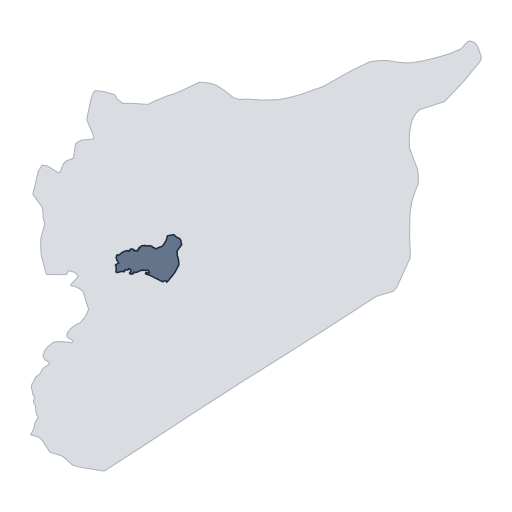 Al Makhrim, Homs (Hims), Syria (highlighted)
{"feature_id": "27442178B17685723948764", "entity_name": "Al Makhrim", "entity_type": "district", "adm_level": 2, "iso_a3": "SYR", "parent_name": "Syria", "parent_adm1": "Homs (Hims)", "projection": "albers", "projection_center": [37.338, 34.825], "detail": "fine", "context": "in_parent", "style": "filled", "palette": "slate", "viewbox_px": 512, "rotation_deg": 0, "n_neighbors": 0, "source": "geoboundaries", "source_scale": "gbopen_adm2", "svg_char_len": 6253}
<svg xmlns="http://www.w3.org/2000/svg" viewBox="0 0 512 512"><path d="M42.1,165.2L47.3,165.9L58.2,172.7L60.0,172.5L63.4,163.7L66.6,160.8L73.5,158.2L75.5,144.0L78.7,141.3L82.5,139.9L88.3,139.7L93.4,138.9L93.8,136.4L86.8,119.9L87.5,115.7L91.0,99.2L93.2,92.8L95.3,90.7L103.3,91.5L114.5,94.5L117.4,99.3L122.9,103.5L131.2,103.2L140.7,104.0L148.1,104.3L154.1,101.3L167.4,95.8L174.1,93.9L180.1,91.4L199.4,82.2L207.1,82.8L212.4,83.9L216.5,85.3L225.7,91.4L233.3,97.6L238.6,99.4L248.2,99.1L261.9,100.1L278.8,99.7L288.6,97.7L301.1,94.4L323.4,86.4L352.4,70.1L369.4,62.0L376.8,60.8L386.5,60.4L396.3,62.0L407.3,63.0L412.4,62.7L424.2,60.6L439.5,56.8L449.1,53.8L460.6,49.1L467.6,41.8L469.9,40.9L473.0,42.0L474.4,42.5L477.6,46.3L481.2,56.4L481.3,57.5L480.8,60.5L473.6,69.3L463.8,81.2L456.6,88.8L444.6,101.5L435.3,104.5L419.5,109.6L415.4,114.0L411.7,121.0L409.8,130.5L409.3,136.4L409.3,147.4L413.5,158.7L417.6,169.5L418.3,176.7L418.2,183.8L415.0,191.6L411.7,202.2L409.9,214.0L409.6,236.2L410.3,255.0L410.1,258.1L403.9,271.6L396.7,287.5L393.2,291.2L376.2,296.4L357.7,308.4L337.1,321.7L318.3,333.8L298.4,346.4L277.8,359.4L263.0,368.7L243.1,381.0L225.0,392.8L206.6,404.6L192.5,413.6L171.1,427.7L158.5,435.9L140.0,448.0L123.6,458.6L104.1,471.1L79.8,467.2L72.2,464.9L66.0,458.9L61.4,455.7L49.9,452.2L42.7,440.9L38.4,436.8L30.7,434.9L34.1,427.8L34.8,423.0L38.2,417.3L36.2,413.4L35.3,405.3L33.9,403.3L33.4,401.2L34.5,398.6L34.1,396.0L32.9,394.8L32.3,390.8L31.3,387.8L31.9,384.1L33.6,381.8L35.4,377.3L37.4,375.9L40.7,373.1L41.6,370.2L44.5,367.3L48.4,365.0L49.3,363.1L48.8,362.0L44.9,359.8L42.9,356.0L44.8,350.5L46.1,348.8L48.4,346.2L53.6,342.2L57.7,341.6L61.2,341.7L67.1,342.1L71.7,342.8L72.9,341.8L72.7,340.5L67.1,337.1L66.8,334.4L68.2,331.6L72.3,327.2L77.1,324.0L79.6,323.4L85.1,316.9L88.6,309.5L83.1,291.6L79.7,288.7L74.2,286.2L71.0,285.8L70.7,284.6L75.1,280.1L78.3,276.2L74.9,272.4L68.8,270.6L66.4,274.4L58.6,274.7L46.4,274.5L41.3,255.5L40.6,247.3L40.9,237.8L44.8,224.0L43.1,217.6L43.1,213.3L42.2,207.3L32.9,194.3L38.4,170.9L42.1,165.2Z" fill="#d9dde1" stroke="#a8b0b8" stroke-width="1"/><path d="M166.8,282.1L167.6,281.3L168.4,280.5L168.7,280.2L169.3,279.3L171.3,277.0L171.4,276.9L171.9,276.2L172.4,275.7L172.9,274.9L173.8,273.8L175.0,272.2L175.1,271.9L175.6,271.1L176.4,269.6L176.8,268.8L177.8,266.8L178.1,266.3L178.9,264.7L178.9,263.8L178.7,261.6L178.3,259.0L178.1,257.8L177.5,256.4L177.3,255.8L177.2,255.6L177.3,254.7L177.3,254.1L177.2,252.6L177.0,252.2L176.8,251.5L177.6,250.5L178.4,249.1L178.6,248.6L179.4,247.8L179.7,247.5L179.9,247.2L180.0,246.8L181.2,245.3L181.4,245.1L181.5,244.8L181.7,244.5L181.7,244.4L181.2,243.2L181.1,241.9L180.8,240.3L180.6,240.0L179.5,238.5L178.2,237.8L178.0,237.7L177.3,237.5L176.2,236.8L175.6,236.3L175.0,235.8L174.7,235.5L174.4,235.1L174.0,234.7L172.6,234.8L172.4,234.9L171.5,235.1L171.2,235.2L170.9,235.2L170.7,235.2L170.1,235.2L170.0,235.3L169.8,235.3L169.5,235.4L169.2,235.5L168.8,235.6L168.6,235.6L168.3,235.7L167.9,235.8L167.6,235.9L167.4,235.9L167.1,237.2L166.8,238.5L166.5,239.2L165.8,241.1L165.3,241.9L162.5,246.1L159.0,247.4L158.6,247.5L155.8,249.0L154.8,248.1L154.2,247.6L153.9,247.6L153.1,247.6L152.6,247.6L152.5,247.4L152.5,247.2L152.4,247.0L152.4,246.9L152.3,246.6L152.2,246.4L150.9,246.0L150.7,246.0L150.4,246.0L150.4,245.9L150.1,245.9L149.7,245.9L149.1,245.9L148.5,245.8L148.4,245.8L148.1,245.9L147.9,245.8L147.6,245.8L147.3,245.7L147.2,245.7L146.9,245.7L146.6,245.8L146.3,245.9L146.2,245.9L145.9,245.8L145.5,245.7L145.3,245.6L145.2,245.6L144.9,245.5L144.8,245.4L144.7,245.5L144.6,245.8L144.1,245.8L143.8,245.7L143.1,245.7L142.9,245.7L142.7,245.6L142.4,245.6L141.6,245.8L141.4,245.9L141.3,246.0L141.1,246.3L140.7,246.9L140.7,247.0L140.4,247.1L140.0,247.1L139.9,247.1L139.7,247.2L139.4,247.3L139.1,247.5L139.0,247.8L139.0,248.0L139.1,248.4L139.2,248.6L139.3,248.7L139.3,248.8L139.2,248.8L138.8,248.9L138.7,248.9L138.5,249.0L138.3,249.0L138.1,249.1L137.9,249.9L137.8,250.3L137.6,251.0L136.7,250.8L136.5,250.6L135.7,250.5L134.3,251.1L134.2,251.0L134.1,250.8L134.1,250.7L134.0,250.4L134.0,250.2L133.9,250.1L133.9,249.9L133.8,249.7L133.5,249.5L133.4,249.3L133.2,249.2L132.9,249.1L132.3,249.4L132.2,249.3L131.2,248.9L130.9,249.0L130.7,249.2L130.6,249.3L130.2,249.4L130.2,249.5L129.9,250.4L128.9,251.4L128.6,251.3L128.5,251.1L128.4,251.0L128.3,250.9L128.3,250.7L128.2,250.6L127.8,250.6L127.7,250.6L127.3,250.6L127.2,250.6L126.8,250.7L126.7,250.7L126.6,250.8L126.4,250.8L126.2,250.9L126.0,251.0L125.8,251.0L125.7,251.4L125.0,251.2L124.2,251.3L123.6,251.6L123.3,251.8L122.0,252.6L120.9,253.4L120.0,254.2L119.6,254.5L118.9,255.1L117.6,255.2L117.5,254.9L117.2,255.1L116.7,255.2L116.5,256.0L116.5,256.6L116.1,257.3L116.2,257.7L116.4,258.2L116.7,258.7L116.6,259.4L116.7,259.9L117.6,261.0L118.3,262.4L118.6,263.2L115.7,264.7L115.4,265.1L115.8,265.9L116.1,266.6L116.1,267.2L116.2,268.4L116.0,269.3L116.2,270.2L116.2,270.8L115.9,271.4L116.0,271.9L116.2,272.3L116.9,272.5L117.5,272.5L118.1,272.3L118.3,272.2L119.1,272.1L119.8,272.0L120.4,271.7L121.0,271.4L121.3,271.6L122.0,271.6L122.3,271.5L122.8,271.5L123.4,271.3L123.8,271.7L124.2,271.8L124.3,271.7L124.5,271.5L124.6,270.4L124.9,269.9L125.3,269.8L125.7,269.6L126.7,270.1L127.3,270.0L127.5,269.8L128.0,269.7L128.3,269.5L128.5,269.0L128.5,268.8L128.7,268.6L129.3,268.9L129.3,269.1L129.7,269.4L130.1,269.4L130.6,269.9L130.9,270.3L130.9,270.8L130.6,271.5L130.4,271.9L129.8,272.7L129.5,273.1L129.8,273.4L130.2,273.6L130.4,274.0L130.9,274.2L131.3,274.1L131.5,273.8L132.1,273.8L132.6,273.9L133.1,273.8L133.5,273.4L133.3,273.1L133.5,272.6L134.0,272.0L134.4,272.1L135.5,272.5L135.8,272.5L136.1,272.4L136.5,272.3L137.0,272.2L137.4,272.1L138.0,271.7L138.4,271.5L139.1,271.2L140.0,270.8L140.2,270.7L140.9,270.4L141.2,270.2L141.6,270.1L142.0,270.1L142.0,270.4L142.2,270.6L142.5,270.6L142.7,270.4L143.0,270.2L143.1,269.8L143.7,269.9L144.4,270.3L145.0,270.3L145.4,270.5L146.1,270.4L147.0,270.3L147.7,269.9L147.8,269.9L148.3,270.6L149.1,271.7L149.5,272.4L149.0,273.2L148.5,273.3L147.4,272.5L147.0,272.6L146.2,272.4L145.7,272.8L145.5,273.5L145.8,274.0L146.3,274.2L147.1,274.4L148.0,274.7L148.5,274.8L149.5,275.2L150.0,275.4L152.2,276.4L155.5,278.2L156.0,278.4L157.3,279.1L158.8,279.8L162.8,281.8L164.2,281.0L165.5,280.7L166.4,281.2L166.8,282.1Z" fill="#64748b" stroke="#1e293b" stroke-width="1.5"/></svg>